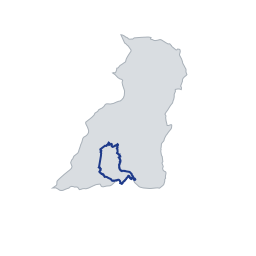 Yalinga, Haute-Kotto, Central African Republic shown in context, rotated 128°
{"feature_id": "33826404B77142922363915", "entity_name": "Yalinga", "entity_type": "district", "adm_level": 2, "iso_a3": "CAF", "parent_name": "Central African Republic", "parent_adm1": "Haute-Kotto", "projection": "orthographic", "projection_center": [23.642, 7.657], "detail": "fine", "context": "in_parent", "style": "outline", "palette": "blue", "viewbox_px": 256, "rotation_deg": 128, "n_neighbors": 0, "source": "geoboundaries", "source_scale": "gbopen_adm2", "svg_char_len": 8299}
<svg xmlns="http://www.w3.org/2000/svg" viewBox="0 0 256 256"><g transform="rotate(128 128 128)"><path d="M173.0,98.5L175.1,99.1L175.5,99.7L174.9,101.9L175.3,103.2L176.5,104.4L177.7,104.8L178.9,105.1L182.9,105.8L184.6,106.6L186.9,109.1L189.7,111.4L190.3,112.6L190.2,113.7L189.4,115.0L189.5,115.6L190.8,116.9L192.3,118.3L195.0,119.8L199.6,122.1L201.8,123.7L202.5,124.9L203.7,126.3L205.4,127.4L206.5,128.4L205.7,131.0L206.0,131.9L206.4,132.6L207.4,133.6L207.8,134.9L208.8,136.6L209.9,137.3L211.8,137.6L212.8,138.4L215.0,139.7L217.0,140.8L217.9,141.6L218.4,142.3L218.9,143.1L219.1,143.9L219.2,145.7L219.6,147.9L220.7,149.4L221.7,150.5L217.5,149.2L216.9,149.2L216.2,149.4L214.0,151.0L213.3,151.2L210.5,150.9L203.9,149.7L198.7,148.5L197.2,148.1L194.5,147.7L192.7,148.5L191.0,151.3L190.5,151.9L187.8,152.7L186.6,152.5L183.5,153.3L178.7,152.1L177.0,152.4L175.7,153.0L172.2,154.2L170.2,155.0L167.7,155.6L165.4,156.6L163.9,157.2L162.4,157.2L161.0,156.6L159.5,156.1L157.7,156.0L155.9,156.3L154.3,157.4L153.7,158.2L152.3,160.4L150.7,163.8L150.0,164.5L149.4,164.9L142.0,163.1L138.8,162.7L136.6,163.2L133.9,162.2L132.7,162.1L132.1,162.4L130.6,161.9L128.2,160.7L125.8,160.2L123.7,160.4L122.4,160.0L121.4,158.8L120.0,156.7L117.6,154.6L114.4,152.9L112.4,151.6L111.6,150.8L109.8,150.3L107.1,150.2L104.6,151.0L100.9,153.5L97.4,158.8L95.5,160.9L93.9,161.4L93.5,162.7L94.3,164.7L94.5,167.1L93.9,171.1L94.1,174.0L93.3,173.5L92.5,172.2L92.1,171.9L89.9,172.5L88.7,173.0L88.1,173.5L87.6,173.6L86.9,172.9L86.3,172.7L85.4,172.8L84.5,172.8L83.9,172.7L83.5,172.8L82.5,172.3L78.6,171.1L77.9,170.8L77.1,170.8L75.1,171.7L74.1,172.0L70.8,172.5L67.4,172.8L66.1,172.8L65.2,173.2L64.6,173.8L63.5,177.5L63.2,178.1L63.3,179.0L62.9,182.0L63.1,182.9L58.9,191.0L58.2,189.7L57.8,188.1L57.7,186.2L57.8,185.7L57.5,185.2L57.2,183.7L57.5,182.7L57.2,181.7L56.4,180.7L55.7,180.0L55.3,179.3L55.0,179.0L54.2,178.9L53.1,178.5L48.6,173.6L43.9,168.1L42.9,166.4L42.6,165.4L43.7,165.3L44.0,165.1L44.0,164.6L43.3,163.2L43.0,161.5L42.4,160.4L40.6,158.7L38.8,157.4L38.3,156.7L38.0,155.8L37.4,150.0L37.1,148.3L36.6,147.6L36.2,147.3L36.0,146.8L36.1,145.8L36.4,144.9L36.3,144.5L36.8,143.7L36.9,138.3L36.4,137.6L35.3,137.6L34.8,136.8L34.3,135.8L34.4,135.1L35.5,134.0L36.2,133.6L38.2,132.8L38.8,132.3L39.1,131.8L39.4,131.1L40.6,128.4L42.4,125.6L43.1,125.1L44.9,121.0L45.4,120.0L45.7,119.0L46.3,118.2L48.2,116.8L49.7,114.4L51.2,114.6L52.8,115.0L54.9,115.2L56.5,114.8L57.6,113.9L62.6,112.3L63.0,111.1L63.8,110.4L64.7,109.8L65.0,109.7L65.1,110.2L65.6,111.5L66.7,112.9L68.4,114.4L68.9,114.3L69.9,113.2L72.5,112.5L73.2,112.2L75.1,110.7L77.3,109.6L78.6,109.3L80.9,108.3L82.5,108.4L85.0,108.3L89.3,107.8L92.4,107.7L94.0,107.5L94.4,107.3L95.0,105.7L95.5,105.3L96.7,104.7L99.0,102.3L100.5,100.4L101.0,99.7L101.3,99.5L101.9,98.7L101.3,97.8L98.8,96.1L98.8,95.8L98.7,95.5L98.8,95.3L99.8,94.6L101.1,93.8L102.5,93.5L106.2,93.6L109.3,93.4L110.0,93.5L112.5,93.1L114.1,92.7L115.9,91.9L119.7,92.0L123.0,89.9L123.9,89.5L124.3,89.2L124.4,88.8L126.0,88.0L127.7,86.2L129.0,84.7L129.4,83.5L133.1,79.8L134.3,79.8L134.9,79.4L136.4,76.9L136.9,76.4L138.4,76.0L139.1,75.2L139.7,74.1L139.7,72.7L139.4,71.6L139.5,71.1L139.8,70.6L140.4,70.1L143.2,68.7L143.9,68.1L144.3,67.5L145.1,67.4L145.9,67.4L146.4,67.1L147.1,66.4L149.0,65.6L150.7,65.0L152.6,65.3L156.0,66.1L157.0,67.9L157.5,68.5L161.6,72.8L162.4,73.8L164.5,77.0L165.8,79.0L167.2,82.1L167.4,83.7L167.2,85.1L166.9,89.1L166.5,90.2L164.7,92.4L164.6,93.3L165.0,94.1L165.5,94.5L165.9,94.9L165.7,96.7L166.3,97.5L167.7,97.9L171.2,98.3L173.0,98.5Z" fill="#d9dde1" stroke="#a8b0b8" stroke-width="1"/><path d="M176.3,104.6L176.1,104.6L175.8,104.5L175.6,104.5L175.4,104.3L175.2,104.2L174.9,104.0L174.7,103.8L174.6,103.6L174.5,103.3L174.4,103.1L174.5,102.7L174.6,102.3L174.6,102.2L174.6,101.9L174.7,101.7L174.8,101.6L175.0,101.4L175.1,101.1L175.3,100.8L175.4,100.7L175.6,100.5L175.7,100.4L175.8,100.4L176.0,100.3L176.2,100.2L176.0,99.8L175.9,99.8L175.7,99.6L175.6,99.4L175.7,99.1L176.0,98.8L176.0,98.7L175.9,98.5L175.6,98.4L175.4,98.5L175.2,98.6L174.8,98.5L174.7,98.4L174.4,98.6L174.1,98.6L173.9,98.6L173.7,98.6L173.4,98.6L173.0,98.5L172.7,98.4L172.3,98.5L172.2,98.5L171.8,98.3L171.8,98.2L171.7,98.2L171.4,98.2L171.2,98.1L170.7,98.3L170.4,98.3L170.2,98.2L169.8,98.0L169.7,98.0L169.4,98.0L169.2,98.1L168.9,98.2L168.7,98.3L168.4,98.3L168.2,98.2L167.7,98.2L167.2,97.9L166.9,97.9L166.5,97.9L166.4,98.0L166.2,98.0L166.1,98.3L165.9,98.3L165.6,98.3L165.4,98.3L165.3,98.2L165.3,97.8L165.3,97.7L165.2,97.7L165.1,97.4L165.2,97.0L165.2,96.9L165.4,96.7L165.5,96.6L165.8,96.3L166.0,96.0L166.2,95.6L166.3,95.5L166.3,95.3L166.3,95.2L166.3,94.9L166.3,94.3L166.3,94.2L166.2,94.0L165.9,94.2L165.6,94.6L165.3,94.7L165.1,94.6L164.7,94.3L164.6,94.2L164.5,93.9L164.4,93.8L164.4,93.6L164.6,93.3L164.6,93.1L164.6,92.9L164.7,92.7L164.7,92.2L164.8,91.9L164.6,91.9L164.4,91.7L164.5,91.0L164.5,90.8L164.6,90.6L164.3,90.5L164.1,90.5L163.8,91.0L163.8,91.3L163.7,91.6L163.8,92.0L164.0,92.7L164.0,92.9L163.6,93.3L163.4,93.7L163.0,94.7L162.8,95.1L162.8,95.5L162.7,95.9L162.3,96.5L161.9,97.0L162.0,97.3L162.0,97.5L161.9,97.7L161.8,97.9L161.8,98.3L161.7,98.9L161.6,99.4L161.8,100.1L161.9,100.3L162.1,100.5L162.3,101.0L162.9,102.0L163.1,102.5L163.4,102.9L163.5,103.4L163.7,104.1L163.9,104.2L164.2,104.4L164.2,104.6L164.3,104.8L164.5,105.1L164.8,105.6L165.5,106.3L165.8,106.3L165.9,106.5L165.9,106.8L165.8,107.2L166.0,107.5L166.0,107.8L165.9,108.0L165.8,108.3L165.5,108.4L165.4,108.7L165.5,108.9L165.5,109.3L164.9,110.3L164.5,110.7L164.2,110.6L163.6,111.4L163.4,111.6L163.0,111.9L162.9,112.0L162.5,112.4L162.3,112.4L162.0,112.5L161.9,112.3L161.7,112.4L161.4,112.4L161.1,112.6L160.7,112.8L160.5,113.0L160.3,112.9L160.1,112.9L159.9,113.0L159.6,113.1L159.4,113.4L159.4,113.7L159.2,113.7L159.0,113.8L158.9,113.8L158.7,113.6L158.0,114.1L158.0,114.7L157.8,115.2L157.7,115.3L157.4,115.2L157.3,115.3L157.1,115.8L157.0,116.1L157.1,116.5L157.0,116.8L156.9,116.7L156.7,116.6L156.4,116.7L156.5,117.0L156.4,117.0L156.1,116.9L155.9,116.8L155.7,116.7L155.7,116.8L155.7,117.2L155.6,117.3L155.5,117.2L155.4,117.1L155.4,116.9L154.9,116.9L154.7,117.3L154.6,117.8L154.6,118.0L154.8,118.2L154.7,118.5L154.4,118.6L154.6,118.8L154.6,119.4L154.6,119.7L154.4,119.9L154.4,120.5L154.5,120.9L154.4,120.9L154.0,121.1L153.9,121.2L153.9,121.4L153.7,121.4L153.4,121.4L152.7,121.9L151.7,122.9L151.2,123.2L151.1,124.2L150.9,124.4L150.7,124.4L150.3,124.3L150.0,124.3L149.8,124.3L149.7,124.5L149.3,124.8L148.6,125.3L148.2,125.6L147.9,125.6L147.7,125.4L147.3,125.6L147.2,126.3L148.1,126.4L148.6,126.8L148.9,126.8L149.0,126.7L149.3,126.7L149.4,127.0L149.6,127.1L149.8,127.2L149.9,127.3L150.1,127.3L150.2,127.5L150.4,127.5L150.7,127.6L151.0,127.7L151.4,127.8L151.7,128.1L152.2,128.3L152.4,128.5L152.3,129.2L152.4,129.5L152.0,129.8L152.0,130.1L151.8,130.3L151.3,130.4L151.1,130.6L150.8,130.7L150.7,131.0L150.8,131.3L151.4,131.3L151.5,131.9L151.7,132.1L152.0,132.2L152.3,132.2L152.5,132.4L152.9,132.4L153.1,132.5L153.0,132.8L152.9,132.9L152.7,132.9L151.8,133.1L151.7,133.2L151.4,133.5L151.4,134.2L152.9,134.0L153.5,133.9L154.3,134.2L154.9,133.9L155.4,134.0L155.7,134.3L156.1,135.2L161.8,136.7L162.2,136.4L162.2,136.0L162.2,135.5L162.4,135.4L162.5,135.2L162.5,134.9L162.8,134.8L163.0,135.0L163.3,135.0L163.9,134.8L164.0,134.1L164.3,133.6L164.8,133.4L165.8,132.8L166.4,132.3L176.2,127.0L176.2,126.7L176.3,126.6L176.5,126.7L176.8,126.7L176.7,126.4L176.5,126.2L176.5,125.9L176.9,125.9L177.1,125.8L177.1,125.5L177.1,125.3L177.1,125.2L177.3,125.1L177.3,124.9L177.1,124.8L177.0,124.4L177.3,124.3L177.4,124.1L177.6,123.9L177.7,124.0L177.8,124.0L178.0,124.0L178.1,123.9L178.3,123.8L178.5,123.8L178.8,123.8L179.0,123.8L179.6,123.7L179.9,123.2L180.2,123.4L180.3,123.2L180.4,122.9L180.4,122.6L180.2,122.0L180.4,121.5L180.3,120.9L180.5,120.5L180.4,120.4L180.2,120.2L180.2,119.9L180.2,119.7L179.9,119.8L179.8,119.7L179.9,119.4L179.7,118.9L179.8,118.6L179.9,118.3L180.1,118.1L180.1,117.9L180.2,117.7L180.3,117.7L180.3,117.4L180.5,117.3L180.8,116.5L180.9,116.3L180.8,116.2L180.5,116.0L180.4,115.9L180.2,115.6L179.9,114.8L179.7,114.7L179.6,114.3L179.5,113.7L179.6,113.2L179.3,112.4L179.3,111.8L179.0,111.1L179.0,110.0L178.8,109.7L179.0,109.4L179.2,108.6L179.3,107.9L179.1,107.6L178.9,107.6L178.8,107.4L178.7,107.2L178.4,107.1L178.3,106.4L177.9,106.2L177.5,106.1L176.4,105.1L176.3,104.6Z" fill="none" stroke="#1e3a8a" stroke-width="2"/></g></svg>